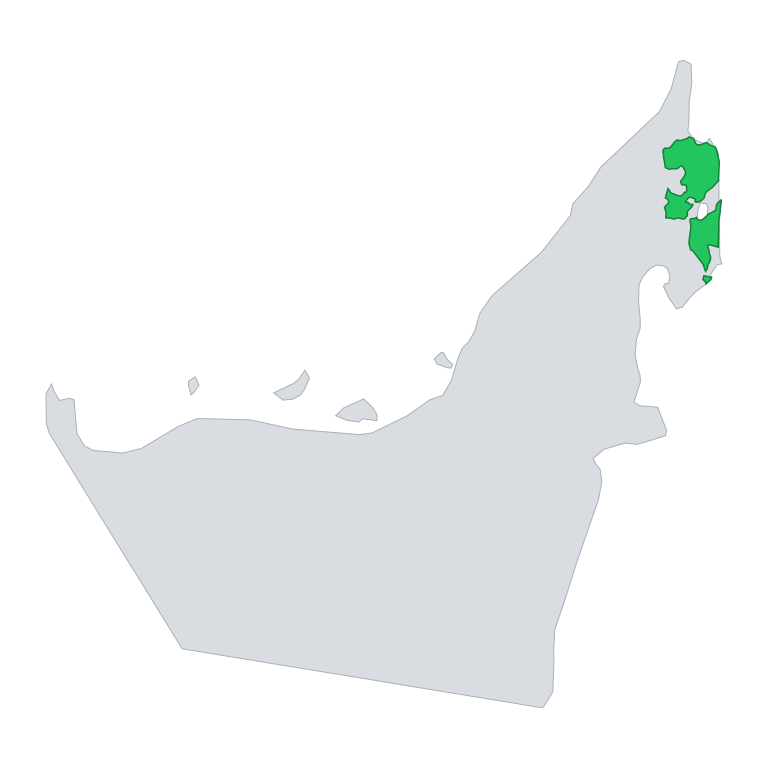 Fujayrah on a map of United Arab Emirates (Equal Earth projection)
{"feature_id": "ARE-341", "entity_name": "Fujayrah", "entity_type": "Emirate", "adm_level": 1, "iso_a3": "ARE", "parent_name": "United Arab Emirates", "parent_adm1": "", "projection": "equal_earth", "projection_center": [56.162, 25.265], "detail": "fine", "context": "in_parent", "style": "filled", "palette": "green", "viewbox_px": 768, "rotation_deg": 0, "n_neighbors": 0, "source": "natural_earth", "source_scale": "10m", "svg_char_len": 5096}
<svg xmlns="http://www.w3.org/2000/svg" viewBox="0 0 768 768"><path d="M709.3,138.3L718.4,153.4L719.8,256.5L721.9,263.8L717.0,264.9L711.5,272.8L705.1,284.9L696.3,291.2L689.3,298.3L682.5,307.0L676.6,308.9L668.8,297.7L663.5,286.4L664.8,283.9L668.5,283.1L670.0,277.2L667.7,268.7L662.5,265.5L655.9,265.2L649.6,269.0L642.9,276.6L639.1,284.6L638.5,300.9L640.2,319.2L640.2,328.1L636.5,339.2L635.1,355.4L637.7,368.0L640.1,375.5L640.4,381.9L634.0,402.0L639.5,405.8L657.6,407.2L662.9,420.8L666.5,430.1L665.5,435.7L652.7,439.8L636.6,444.4L625.0,443.1L604.1,449.2L592.9,458.7L596.2,464.6L600.1,469.2L601.8,481.7L598.5,499.4L592.5,516.7L585.1,538.2L576.5,563.0L564.8,600.2L554.8,629.5L553.7,650.6L553.9,664.4L552.7,692.0L543.3,707.2L541.1,707.6L529.9,705.8L526.2,705.2L515.5,703.4L498.9,700.7L477.4,697.2L452.0,693.0L423.6,688.4L393.2,683.4L361.9,678.2L330.5,673.1L300.2,668.1L271.8,663.5L246.4,659.3L224.9,655.8L208.3,653.1L197.7,651.3L193.9,650.7L182.1,648.8L175.8,638.5L168.2,626.2L160.5,613.8L152.9,601.4L145.3,589.1L137.7,576.7L130.0,564.4L122.4,552.0L114.8,539.7L107.2,527.3L99.6,515.0L92.0,502.7L84.4,490.3L76.8,478.0L69.3,465.7L61.7,453.3L54.1,441.0L49.1,432.8L46.3,423.5L46.1,399.1L46.1,393.8L51.5,384.0L53.9,391.0L59.6,400.5L69.4,398.2L74.0,399.8L77.0,433.6L84.1,445.6L92.9,450.4L122.7,453.1L141.3,448.5L178.1,426.5L197.3,418.5L250.4,419.9L292.9,429.1L359.1,434.6L371.9,433.1L407.8,415.4L429.8,399.8L442.8,395.3L451.5,380.3L457.2,360.7L462.3,347.9L468.8,341.8L474.9,330.9L479.9,313.2L492.2,295.5L541.5,252.2L570.3,215.6L572.9,203.8L588.6,186.1L601.1,166.8L659.5,111.5L671.2,88.8L678.1,63.3L679.0,61.4L684.0,60.4L691.1,64.2L691.8,83.3L689.2,101.3L688.9,120.5L687.9,130.8L693.3,139.3L702.5,143.0L706.6,142.6L709.3,138.3ZM707.1,215.9L707.9,207.8L706.4,203.6L700.4,203.1L697.9,210.0L697.1,220.0L701.2,220.9L707.1,215.9ZM376.9,414.3L376.9,420.7L362.6,418.8L358.8,422.1L347.1,420.3L335.7,415.7L343.5,408.0L363.8,398.9L372.2,407.2L376.9,414.3ZM293.5,399.0L283.1,400.1L273.7,392.9L293.6,383.4L299.0,379.1L304.9,370.4L309.5,377.9L304.3,389.7L300.6,394.8L293.5,399.0ZM452.5,364.4L451.3,368.1L447.3,367.7L437.4,364.4L434.3,359.1L440.5,352.8L443.2,352.5L447.1,359.1L452.5,364.4ZM193.2,393.4L190.8,394.7L188.4,384.6L188.6,381.4L195.1,376.8L199.0,385.1L193.2,393.4Z" fill="#d9dde1" stroke="#a8b0b8" stroke-width="1"/><path d="M704.1,198.0L700.3,201.5L696.4,202.3L695.2,201.7L695.1,201.2L695.1,200.6L695.3,200.0L695.5,199.5L695.3,199.1L694.9,198.8L690.4,197.3L689.8,197.2L688.7,197.7L687.6,198.7L685.8,201.1L685.7,202.0L686.0,202.4L687.0,202.3L687.7,202.3L688.2,202.6L688.9,203.7L689.2,204.0L689.6,204.3L690.1,204.4L690.6,204.4L692.5,204.3L692.7,204.5L692.8,204.7L692.8,204.9L692.1,206.4L691.4,207.4L690.3,208.5L688.1,210.4L687.5,211.8L687.3,213.0L687.4,214.0L687.4,215.0L687.2,215.8L686.8,216.3L686.0,217.0L685.6,217.5L685.2,218.3L684.3,218.9L682.9,219.1L678.7,218.0L677.4,218.0L676.0,218.6L674.8,219.0L673.1,218.9L671.0,218.2L665.7,217.8L666.1,213.8L666.1,212.8L664.5,207.2L668.1,203.6L668.7,201.6L668.5,200.9L668.4,200.2L668.1,199.7L667.7,199.3L667.3,199.0L665.3,197.9L667.9,188.7L668.9,189.7L669.5,190.6L670.0,191.7L670.7,192.6L671.6,193.2L678.5,195.7L679.9,196.0L681.2,195.7L682.3,195.0L683.2,194.0L684.1,192.6L684.9,192.2L685.7,192.3L686.3,191.7L686.8,190.3L686.5,186.5L685.9,185.2L684.9,184.7L683.8,185.0L682.8,185.1L682.1,184.8L681.6,184.4L681.3,183.8L681.2,183.2L681.1,182.8L680.9,182.4L680.7,182.2L680.5,181.8L680.6,181.4L681.0,180.7L684.4,176.1L685.2,174.4L685.5,172.8L685.2,171.3L684.8,170.2L683.0,167.2L682.4,166.4L682.1,166.2L681.7,166.1L681.1,166.0L680.5,166.2L680.2,166.3L678.2,168.1L677.5,168.6L676.6,168.8L673.6,168.7L669.3,169.2L668.8,169.1L667.9,168.6L667.5,168.4L666.1,168.1L665.6,167.7L665.3,167.2L665.1,166.5L664.8,163.5L663.6,157.4L663.7,155.9L662.9,152.1L663.0,150.7L663.5,149.4L664.6,148.3L666.1,148.1L667.2,148.3L668.0,148.3L669.2,147.9L670.8,146.9L674.2,142.4L675.9,140.8L676.7,140.2L677.3,139.9L678.1,140.3L679.4,140.5L681.3,140.4L687.1,138.5L689.0,136.9L689.5,137.3L692.8,138.0L694.1,139.2L695.4,143.0L696.4,144.4L698.6,145.1L700.8,144.6L706.6,142.6L709.6,144.7L712.8,146.3L715.2,146.9L716.3,149.0L719.3,161.6L718.5,178.9L718.7,180.8L718.0,181.1L712.4,187.4L707.2,191.2L705.7,192.7L704.9,194.8L704.5,196.6L704.1,198.0ZM700.6,220.4L702.9,219.2L707.0,215.6L708.6,213.9L711.9,212.5L715.8,210.1L716.5,204.9L717.5,203.2L721.0,199.9L721.3,201.3L721.1,203.4L720.5,207.0L720.1,212.6L718.8,220.8L718.3,247.2L717.5,247.0L710.1,244.9L708.9,244.9L707.6,245.3L707.5,246.0L707.8,246.8L708.2,247.8L708.7,249.1L709.0,250.6L709.3,253.2L709.5,254.4L710.0,255.4L710.4,256.1L710.6,257.4L710.4,259.0L709.8,261.5L709.1,263.0L708.3,263.8L707.1,269.0L705.5,271.3L703.1,264.2L693.2,251.3L692.3,250.4L690.6,249.9L690.0,247.3L689.6,246.1L689.2,244.6L689.0,243.0L689.1,240.7L690.7,228.9L690.8,226.8L690.7,224.7L690.0,220.8L690.0,219.5L690.9,218.8L694.8,218.4L696.6,217.5L696.7,218.6L698.4,219.6L700.6,220.4ZM711.6,276.4L711.5,277.7L710.8,279.6L706.9,283.0L706.1,283.9L705.4,281.8L703.0,279.6L703.9,275.8L706.2,276.1L710.5,277.1L711.6,276.5L711.6,276.4Z" fill="#22c55e" stroke="#15803d" stroke-width="1.5"/></svg>